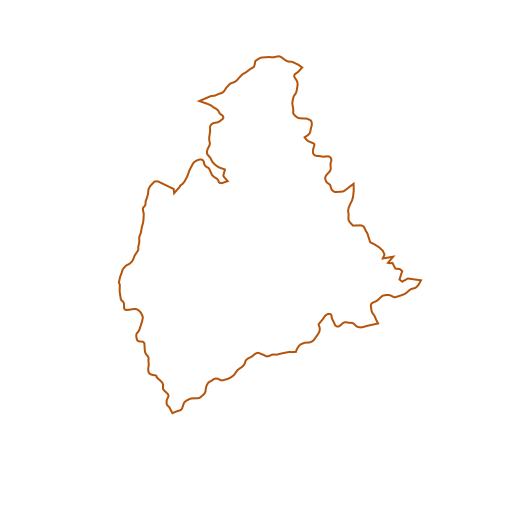 the border of Pomoravski, rotated 130°
{"feature_id": "SRB-832", "entity_name": "Pomoravski", "entity_type": "District", "adm_level": 1, "iso_a3": "SRB", "parent_name": "Republic of Serbia", "parent_adm1": "", "projection": "robinson", "projection_center": [21.332, 43.988], "detail": "fine", "context": "isolated", "style": "outline", "palette": "amber", "viewbox_px": 512, "rotation_deg": 130, "n_neighbors": 0, "source": "natural_earth", "source_scale": "10m", "svg_char_len": 6142}
<svg xmlns="http://www.w3.org/2000/svg" viewBox="0 0 512 512"><g transform="rotate(130 256 256)"><path d="M100.5,379.4L95.1,373.8L93.4,371.3L92.3,370.1L89.4,367.9L88.1,366.6L87.6,365.2L87.4,364.0L87.2,360.1L86.8,357.6L86.2,356.1L84.7,354.2L83.9,352.7L82.3,346.7L81.9,341.8L87.0,342.0L88.5,342.2L91.8,343.1L93.2,342.7L94.0,341.9L94.4,341.2L95.2,338.4L95.9,336.7L96.8,335.4L98.1,334.2L100.3,332.8L103.9,330.8L105.7,330.1L109.1,329.8L110.3,329.4L113.8,327.6L115.9,326.2L119.7,321.7L122.7,319.3L123.2,317.9L123.4,316.7L123.4,314.1L123.2,312.8L122.8,311.7L120.3,308.2L118.8,306.4L118.0,305.0L117.0,301.6L117.1,300.7L117.5,299.7L118.2,298.9L119.7,297.5L123.7,295.6L126.0,294.3L126.9,294.0L127.9,293.8L130.1,293.9L133.8,295.1L134.4,292.6L134.5,290.5L134.3,289.3L132.8,284.3L132.7,283.7L132.9,283.1L133.6,282.5L137.0,281.1L139.6,279.4L140.2,278.8L141.0,277.4L141.1,276.4L141.0,275.4L140.4,274.0L138.5,271.4L137.0,268.6L133.5,265.1L133.1,264.5L132.8,263.7L132.7,262.7L132.8,261.8L133.3,260.8L134.0,260.0L134.9,259.4L137.6,258.2L140.8,255.1L141.8,254.4L143.4,253.9L148.5,254.1L149.6,254.0L151.1,253.5L151.8,253.2L152.5,252.5L153.8,250.3L154.1,248.3L153.9,245.9L154.0,245.0L154.5,244.0L156.3,241.2L156.6,240.2L156.6,238.1L156.4,237.1L155.8,236.1L151.3,231.4L150.4,230.7L148.9,230.1L137.9,227.7L143.2,223.1L148.6,219.5L151.9,218.1L155.4,217.3L159.3,216.1L161.8,214.7L162.7,214.0L164.5,211.9L168.0,209.2L168.6,208.6L169.1,207.9L169.8,206.0L170.4,201.3L165.5,195.8L164.9,195.0L164.5,194.0L164.3,192.8L164.5,191.6L164.9,190.6L166.4,187.6L166.6,186.9L166.7,185.9L172.1,177.3L171.0,173.2L170.2,167.2L170.5,162.0L172.4,158.4L176.4,157.3L168.4,150.5L176.4,150.5L175.5,148.8L173.6,147.0L175.4,142.9L176.0,141.1L175.3,139.9L173.6,137.5L173.6,134.3L181.7,131.0L181.7,127.5L175.6,125.2L168.6,114.0L173.7,113.0L175.6,113.0L177.0,113.2L178.3,113.6L181.7,116.0L183.9,116.6L187.6,117.1L189.8,117.8L193.5,119.9L198.0,122.8L198.5,123.2L198.9,124.1L199.9,128.1L200.5,129.1L202.0,131.0L204.3,133.0L205.9,133.7L210.9,134.3L213.1,134.8L216.9,136.6L218.0,136.9L218.7,136.9L219.9,136.4L222.9,133.3L223.9,131.9L224.7,130.5L225.7,126.7L227.5,123.2L229.2,119.1L237.7,125.7L241.9,128.5L242.9,129.4L243.7,130.3L244.6,131.8L245.1,133.2L245.3,134.2L245.0,137.6L245.2,138.6L245.7,139.6L247.7,142.4L249.0,144.7L249.9,145.5L251.2,146.2L256.3,147.1L257.2,147.7L257.8,148.4L258.1,149.2L258.2,150.1L258.1,151.1L256.7,153.8L255.5,156.8L254.9,157.9L252.9,160.2L252.6,161.0L252.8,161.8L253.4,162.9L254.0,163.4L255.4,164.2L257.3,164.6L261.7,164.2L267.8,164.2L268.2,164.0L268.8,163.2L269.7,161.5L270.3,160.9L271.2,160.0L273.1,158.9L275.6,158.3L283.2,157.7L285.1,158.0L287.4,159.1L288.3,159.9L290.7,162.5L291.7,163.3L295.2,165.1L297.0,165.3L299.1,165.1L301.5,164.7L303.8,163.8L305.8,165.9L308.4,169.1L313.7,173.4L318.0,176.5L320.7,179.8L321.7,180.5L324.1,181.7L325.3,182.5L326.0,183.3L326.3,183.9L326.9,186.7L328.0,189.8L328.4,191.4L328.8,192.1L329.4,192.7L330.8,193.5L332.6,194.0L335.6,194.5L339.6,196.2L341.7,196.7L343.2,196.5L345.3,195.6L346.8,195.3L348.3,195.2L349.8,195.4L354.1,196.6L355.3,196.8L357.6,196.7L360.4,196.4L361.6,196.4L363.6,196.8L365.6,197.4L368.4,198.7L372.8,201.7L373.8,203.2L374.7,206.7L375.8,208.1L377.5,209.2L380.5,210.0L382.6,210.9L384.2,211.1L387.2,210.5L389.5,209.4L392.3,207.6L393.9,207.1L395.1,207.0L398.9,207.6L400.8,208.0L401.5,208.4L402.3,209.1L406.6,213.9L408.6,215.1L411.2,216.2L413.0,216.7L414.9,216.7L420.4,214.6L421.6,214.5L422.7,214.8L426.7,217.3L430.1,219.0L427.6,225.2L427.4,227.6L427.1,228.6L426.6,229.5L424.8,231.1L423.8,231.7L419.5,233.0L418.9,233.7L418.4,235.1L418.0,240.4L417.8,241.3L417.3,242.1L414.3,244.5L413.7,245.5L413.3,246.4L413.0,248.5L412.8,254.1L412.2,254.5L411.9,255.3L412.1,256.3L413.7,259.1L414.4,260.8L414.5,262.4L413.8,264.0L412.2,265.7L407.8,268.6L405.9,270.6L403.7,272.3L402.9,273.1L402.3,274.4L402.0,276.7L401.6,277.8L401.0,279.0L399.2,281.1L394.8,285.2L394.4,286.1L394.3,287.2L394.8,288.2L396.6,290.7L396.8,291.4L396.9,292.3L396.8,293.0L396.2,294.0L394.4,296.2L392.8,297.3L392.1,297.5L388.8,297.6L387.3,298.0L379.4,301.2L376.3,302.9L375.6,303.4L374.8,304.6L373.6,307.3L373.3,308.4L373.1,311.0L373.3,312.3L373.6,313.5L374.3,314.6L374.8,315.2L379.0,318.9L380.8,320.8L381.2,321.8L381.2,322.6L380.7,323.5L380.0,324.2L377.9,326.0L377.2,326.7L376.8,327.5L376.5,328.4L376.4,330.6L375.8,332.0L370.7,337.8L366.2,341.3L365.1,342.6L364.6,343.9L359.5,346.6L355.5,348.0L352.4,349.3L351.2,349.5L350.0,349.6L347.5,349.4L346.4,349.2L343.3,347.9L342.1,347.7L339.7,347.5L337.4,347.9L334.3,349.0L333.1,349.3L327.5,350.0L326.8,350.2L324.9,351.9L323.9,352.5L321.2,353.8L320.2,354.5L316.7,357.5L315.1,358.2L312.0,359.2L307.5,361.9L302.7,364.1L300.3,365.7L295.6,369.3L294.1,371.4L292.6,373.0L291.8,373.4L291.0,373.5L289.5,373.4L287.9,373.6L284.7,375.9L281.9,376.8L278.5,378.3L277.2,379.0L274.6,380.9L273.4,381.4L270.3,382.0L264.2,381.6L261.9,379.2L257.6,362.1L260.5,359.1L251.5,358.9L250.9,359.3L247.8,358.6L245.1,358.6L239.6,359.7L232.7,362.2L225.6,363.7L224.5,363.8L222.6,363.4L220.2,362.4L218.3,361.2L217.5,360.3L216.9,359.1L216.8,358.2L217.3,356.7L218.7,354.9L219.4,353.5L219.6,351.5L219.2,349.5L219.1,348.5L219.4,347.6L222.1,342.1L222.3,341.1L222.4,339.0L221.9,335.5L222.2,333.9L223.4,331.7L223.4,331.3L223.0,330.1L222.5,329.4L221.5,328.6L216.9,325.8L216.0,331.4L215.7,332.4L214.9,333.0L209.7,335.4L211.8,340.9L212.1,342.2L212.3,344.9L212.3,347.5L211.9,350.0L210.3,353.7L209.5,358.0L209.2,359.0L208.5,359.9L207.6,360.7L205.2,361.8L201.3,362.7L199.5,363.6L197.5,366.0L195.8,367.7L190.0,371.3L186.8,374.0L186.0,374.5L185.1,374.7L183.8,374.8L181.9,374.2L181.2,373.8L178.3,371.3L176.1,370.4L172.3,369.6L171.0,369.9L170.5,370.5L170.1,371.3L170.0,372.3L170.2,374.6L170.1,375.5L169.2,377.6L168.8,379.2L168.9,381.3L169.4,383.7L169.5,386.3L169.7,387.8L170.5,390.5L173.7,399.0L163.5,393.9L162.0,392.9L160.1,391.0L159.2,390.4L155.5,388.6L153.2,387.0L152.5,386.7L150.6,386.4L146.1,386.9L141.6,386.7L140.0,386.3L136.5,384.3L135.7,384.0L133.5,383.6L127.7,383.4L125.0,383.0L121.9,381.8L116.1,380.5L114.0,379.6L112.9,379.3L111.5,379.5L109.5,380.4L108.0,381.4L106.9,381.8L103.6,380.9L101.4,380.0L100.5,379.4Z" fill="none" stroke="#b45309" stroke-width="2"/></g></svg>